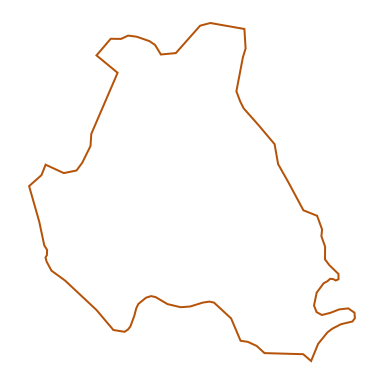 the border of Kocevje
{"feature_id": "SVN-207", "entity_name": "Kocevje", "entity_type": "Municipality", "adm_level": 1, "iso_a3": "SVN", "parent_name": "Slovenia", "parent_adm1": "", "projection": "mercator", "projection_center": [14.941, 45.623], "detail": "fine", "context": "isolated", "style": "outline", "palette": "amber", "viewbox_px": 384, "rotation_deg": 0, "n_neighbors": 0, "source": "natural_earth", "source_scale": "10m", "svg_char_len": 1197}
<svg xmlns="http://www.w3.org/2000/svg" viewBox="0 0 384 384"><path d="M311.1,361.0L303.2,354.2L264.5,353.1L256.6,345.9L247.7,341.8L240.6,340.8L240.5,340.6L231.1,318.4L214.0,302.6L209.2,301.6L202.8,302.6L190.2,306.5L180.6,307.2L167.5,304.1L155.6,297.1L151.1,296.1L146.0,297.7L138.3,304.0L136.2,308.5L134.3,315.8L130.4,326.4L128.0,329.5L124.6,331.8L113.4,330.0L96.5,310.0L65.0,280.5L51.5,270.7L46.6,261.6L45.5,257.4L46.9,255.2L47.1,249.9L44.3,245.5L39.2,221.5L29.1,186.1L41.5,175.1L45.6,164.7L63.8,173.1L76.5,170.5L82.2,162.8L90.5,146.0L91.3,133.9L117.6,72.8L96.5,55.4L110.7,38.8L121.1,38.9L128.1,35.6L136.7,36.7L149.4,41.1L155.1,45.0L160.9,54.5L175.8,53.1L200.1,25.7L210.3,23.0L244.4,29.0L245.6,48.5L242.9,57.3L236.4,91.3L240.1,101.2L243.6,108.3L258.5,125.1L274.6,144.2L278.1,164.1L288.5,182.5L303.4,210.3L317.1,215.8L322.1,229.5L321.4,236.2L325.1,246.7L325.0,259.4L329.3,265.1L338.5,274.0L338.5,279.2L335.8,280.5L333.2,279.1L330.1,278.8L327.5,281.2L323.6,283.3L316.7,292.6L314.0,305.5L316.6,312.1L321.9,315.0L330.5,312.8L339.2,309.4L348.3,308.4L354.5,312.7L354.9,318.2L352.4,321.5L341.0,324.2L332.3,328.7L327.4,332.4L318.1,343.9L311.1,361.0Z" fill="none" stroke="#b45309" stroke-width="2"/></svg>